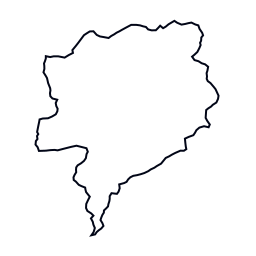 Monte Alto, São Paulo, Brazil, rotated 263°
{"feature_id": "56859067B42660114948434", "entity_name": "Monte Alto", "entity_type": "district", "adm_level": 2, "iso_a3": "BRA", "parent_name": "Brazil", "parent_adm1": "São Paulo", "projection": "equal_earth", "projection_center": [-48.551, -21.258], "detail": "fine", "context": "isolated", "style": "outline", "palette": "ink", "viewbox_px": 256, "rotation_deg": 263, "n_neighbors": 0, "source": "geoboundaries", "source_scale": "gbopen_adm2", "svg_char_len": 2501}
<svg xmlns="http://www.w3.org/2000/svg" viewBox="0 0 256 256"><g transform="rotate(263 128 128)"><path d="M33.8,91.7L36.7,91.0L40.0,89.5L42.2,90.5L44.9,92.0L46.9,93.7L49.1,94.1L50.7,96.3L52.6,98.6L54.9,99.3L57.7,100.6L59.9,101.2L62.5,101.5L65.3,103.7L64.0,109.0L66.0,110.9L69.2,112.4L73.1,112.4L73.8,117.4L74.7,120.0L77.0,121.9L78.8,124.3L79.9,127.4L80.1,131.3L80.6,135.0L81.3,138.7L82.7,142.9L84.1,145.5L85.4,149.4L86.7,151.9L88.6,156.5L91.0,159.0L93.7,161.8L94.8,165.2L96.3,168.6L97.5,171.9L99.1,177.3L98.6,180.7L99.9,183.3L102.6,183.1L106.1,183.1L110.5,183.2L111.8,187.3L112.9,192.0L115.2,194.0L117.5,195.6L119.7,198.9L120.5,203.7L118.9,208.1L121.5,209.6L125.5,207.5L128.6,206.3L132.2,207.0L136.3,207.8L137.8,210.2L139.1,213.0L140.7,215.0L142.5,218.8L145.9,220.9L149.0,221.8L155.9,219.6L158.2,218.2L162.6,215.3L164.8,212.9L167.2,212.1L169.6,212.7L172.9,212.7L175.2,213.8L179.0,215.0L181.8,212.3L183.3,209.0L185.7,206.1L187.3,202.3L191.0,200.3L192.6,202.8L195.0,206.1L198.7,208.6L201.5,210.2L203.7,209.9L205.7,211.2L208.9,211.8L210.8,213.8L213.5,213.2L217.6,211.1L221.3,210.3L222.5,207.5L224.9,203.8L224.7,200.7L224.3,197.5L224.1,193.7L226.5,189.6L228.7,187.1L226.0,180.9L224.0,177.8L222.8,175.0L225.6,172.4L223.3,169.7L221.6,167.5L222.1,163.2L223.4,160.0L226.1,158.1L227.1,155.3L228.4,152.5L229.4,148.6L230.0,143.8L227.9,138.3L226.2,134.0L225.0,131.2L224.0,128.3L222.6,125.6L221.4,122.6L219.7,119.7L221.1,115.3L222.3,111.3L224.2,108.3L226.2,106.9L228.2,105.5L228.5,101.8L226.9,98.4L225.5,95.6L218.5,88.9L215.8,86.2L212.1,82.3L209.2,82.5L207.6,78.1L205.6,73.7L207.6,67.6L208.2,63.0L207.9,59.4L209.3,55.2L207.0,54.9L204.4,53.7L202.3,52.5L199.9,52.5L196.8,52.2L193.6,50.9L189.6,52.8L187.4,53.7L182.3,54.2L177.0,55.6L174.7,55.6L172.1,54.8L169.0,54.8L166.5,56.6L164.7,61.2L161.6,59.3L158.5,59.5L155.7,60.5L153.2,59.9L150.4,58.0L148.7,54.1L147.4,49.8L147.8,44.5L147.3,41.3L144.7,40.5L140.3,39.0L135.1,37.3L132.9,38.2L131.1,36.7L128.1,36.8L126.3,35.0L122.8,34.2L119.9,36.0L116.1,36.8L115.5,43.9L115.5,48.2L115.2,52.5L114.4,55.4L115.1,60.6L116.2,69.2L116.7,74.7L113.0,84.3L109.3,85.2L107.2,83.7L103.2,82.5L100.7,80.3L98.7,77.1L97.1,73.5L95.2,71.8L92.8,71.3L90.4,71.2L87.9,69.2L85.7,67.9L83.0,67.8L81.2,69.7L77.6,72.2L76.0,74.7L74.1,78.2L71.8,78.3L69.5,78.6L66.9,80.2L64.5,81.7L60.9,79.3L57.7,77.3L53.7,76.6L50.6,77.6L47.7,81.1L45.2,83.0L42.8,80.2L39.2,81.6L36.2,81.9L32.8,82.9L28.9,81.2L26.0,78.6L26.4,82.4L28.5,84.2L30.1,86.6L31.5,89.2L33.8,91.7Z" fill="none" stroke="#020617" stroke-width="2"/></g></svg>